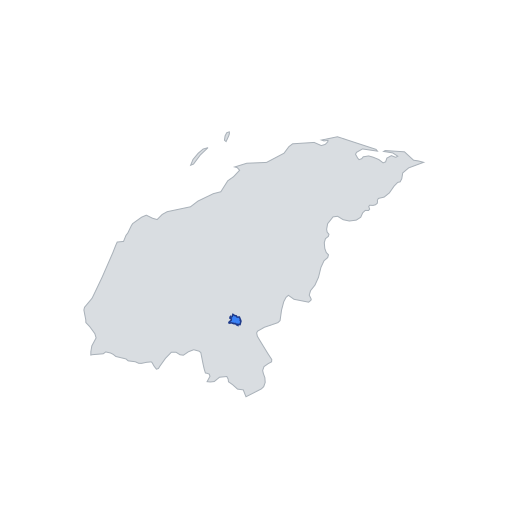 San Antonio de Oriente, Francisco Morazán, Honduras shown in context, rotated 336°
{"feature_id": "27666195B20875858813448", "entity_name": "San Antonio de Oriente", "entity_type": "district", "adm_level": 2, "iso_a3": "HND", "parent_name": "Honduras", "parent_adm1": "Francisco Morazán", "projection": "robinson", "projection_center": [-87.024, 14.037], "detail": "fine", "context": "in_parent", "style": "filled", "palette": "blue", "viewbox_px": 512, "rotation_deg": 336, "n_neighbors": 0, "source": "geoboundaries", "source_scale": "gbopen_adm2", "svg_char_len": 4198}
<svg xmlns="http://www.w3.org/2000/svg" viewBox="0 0 512 512"><g transform="rotate(336 256 256)"><path d="M447.2,238.6L431.3,237.6L423.8,239.8L420.6,244.7L417.8,246.9L415.4,246.4L410.6,248.3L403.5,252.6L397.0,254.3L391.3,253.2L389.6,254.3L389.1,255.7L388.3,257.1L386.0,257.8L383.5,257.4L380.6,255.9L379.1,256.6L378.9,259.4L377.3,260.2L374.4,258.8L371.1,259.9L367.4,263.2L362.2,264.0L355.5,262.0L350.4,258.3L346.7,252.9L342.3,251.6L334.6,255.6L331.4,260.3L330.7,263.2L331.5,265.8L330.1,267.5L326.5,268.4L323.8,271.6L321.9,277.1L321.6,281.4L322.7,284.4L320.9,286.6L316.2,288.0L310.7,292.8L304.4,300.9L298.0,306.6L291.8,309.8L288.7,313.4L288.9,317.3L288.6,318.5L287.4,319.0L285.3,319.6L273.1,311.0L269.6,305.1L266.6,306.0L262.8,309.0L257.4,315.7L251.7,324.8L248.9,325.8L234.5,324.5L226.9,325.3L225.3,326.5L224.6,329.8L225.1,334.3L227.2,350.3L228.3,357.0L227.2,359.0L223.3,359.3L218.3,360.3L215.5,363.3L214.9,366.4L214.6,370.8L213.0,375.2L209.9,378.5L206.8,379.6L189.6,380.5L189.9,373.1L185.0,370.1L182.2,363.9L179.7,359.7L180.5,357.2L180.3,354.2L173.3,351.9L166.8,353.7L163.0,352.5L160.2,350.9L165.0,347.2L165.3,345.0L163.8,343.4L162.2,342.3L162.7,338.2L163.7,333.2L166.3,321.8L165.3,319.8L161.0,316.3L155.4,316.0L149.3,317.1L146.4,315.3L143.8,311.4L139.5,309.5L131.8,312.6L123.6,317.4L121.1,319.1L119.0,318.9L118.1,315.3L117.7,311.1L117.2,310.1L112.8,308.6L107.7,307.5L105.2,306.3L102.7,303.5L96.6,299.8L95.3,297.1L87.1,290.8L85.5,287.7L83.6,285.4L79.7,282.5L76.7,283.2L66.4,279.6L64.8,279.3L66.3,276.1L69.5,271.3L76.6,265.8L77.2,261.4L75.4,253.0L73.5,247.6L74.5,245.2L76.8,235.3L78.5,233.1L88.7,228.1L89.7,227.4L97.8,220.5L106.8,212.8L116.1,204.3L126.5,194.8L132.2,189.2L134.9,186.8L140.9,188.8L145.6,184.3L148.3,182.8L154.7,177.4L156.6,176.2L167.3,174.0L172.4,174.1L176.9,179.5L180.5,182.5L187.2,179.9L192.9,179.4L216.2,184.4L225.4,182.2L242.4,181.7L250.0,183.0L260.8,175.8L267.8,174.4L275.9,171.0L274.8,167.6L272.8,166.0L285.3,167.5L303.7,174.8L323.4,173.5L330.5,169.5L335.1,168.4L355.3,175.9L360.6,181.7L364.7,182.2L368.0,180.9L368.8,179.7L364.9,178.5L363.0,176.7L378.9,180.2L409.0,207.4L409.6,209.6L396.8,201.5L390.0,202.2L388.3,203.5L388.7,207.9L389.3,209.9L392.2,210.1L394.3,209.0L399.6,210.4L403.1,213.3L407.4,217.8L410.0,222.6L412.7,222.7L415.4,219.8L420.5,219.4L423.8,222.7L426.1,222.5L422.8,217.4L415.1,212.4L416.9,212.2L434.0,221.2L438.9,232.6L443.0,235.2L447.2,238.6ZM246.1,141.1L236.3,146.6L233.2,146.5L237.7,142.2L245.0,138.6L251.2,136.8L256.2,137.5L246.1,141.1ZM279.9,135.2L275.2,139.3L274.3,137.4L276.6,133.7L279.4,131.5L282.1,131.7L281.5,133.4L279.9,135.2Z" fill="#d9dde1" stroke="#a8b0b8" stroke-width="1"/><path d="M216.0,305.0L215.8,304.9L213.9,304.2L213.7,303.4L213.7,302.7L212.2,301.6L211.2,299.9L210.5,300.6L210.1,301.0L209.9,301.2L209.9,301.3L209.8,301.5L209.7,301.6L209.4,301.7L209.2,301.7L208.9,301.7L208.7,301.7L208.6,301.8L208.4,301.8L208.4,301.7L208.2,301.6L208.1,301.4L207.9,301.3L207.9,301.2L207.8,301.3L207.7,301.3L207.6,301.2L207.4,301.2L207.3,301.3L207.3,301.5L207.4,301.8L207.2,301.9L207.1,302.0L206.9,302.2L206.9,302.3L207.0,302.4L207.9,303.4L207.2,304.7L206.4,304.8L205.9,305.1L205.1,305.1L205.0,305.3L204.9,305.3L204.6,305.5L204.3,305.7L204.2,305.8L204.0,306.0L204.2,306.3L204.3,306.4L204.5,306.4L204.6,306.5L204.8,306.6L204.9,306.8L205.0,306.8L205.3,306.8L205.5,306.8L205.9,306.8L206.0,306.9L206.3,307.1L206.4,307.3L206.4,307.2L206.5,307.2L206.6,307.3L206.8,307.4L206.9,307.6L207.0,307.6L207.2,307.8L207.3,307.9L207.3,308.0L207.5,308.1L207.8,308.2L208.0,308.3L208.1,308.5L208.2,308.8L208.3,308.8L208.5,308.9L208.5,309.0L208.8,309.1L209.0,309.2L209.3,309.1L209.4,309.3L209.5,309.3L209.5,309.5L209.7,309.8L209.8,309.9L209.9,310.0L210.0,310.0L210.3,310.2L210.2,310.2L210.2,310.3L210.2,310.5L210.2,310.8L210.3,311.0L210.5,311.2L210.5,311.3L210.9,311.6L211.0,311.7L211.0,311.4L211.2,311.2L211.3,311.0L211.4,310.9L211.5,310.8L211.4,310.9L211.4,311.0L211.5,311.1L211.5,311.3L211.6,311.2L211.7,311.3L211.8,311.4L211.8,311.5L212.0,311.6L212.3,311.5L212.5,311.5L212.9,311.7L213.0,311.7L213.0,311.8L213.1,312.0L213.3,312.1L213.5,312.2L215.7,309.5L215.4,308.6L215.9,308.5L215.9,307.7L216.0,305.1L216.0,305.0Z" fill="#3b82f6" stroke="#1e3a8a" stroke-width="1.5"/></g></svg>